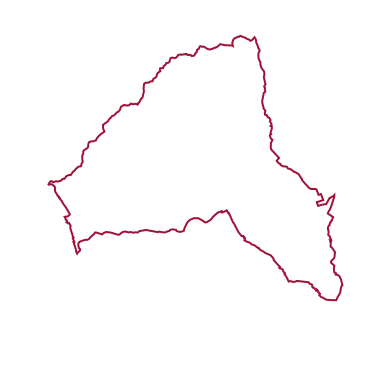 Patarlagele, Buzau, Romania, rotated 76°
{"feature_id": "2599482B92792236227552", "entity_name": "Patarlagele", "entity_type": "district", "adm_level": 2, "iso_a3": "ROU", "parent_name": "Romania", "parent_adm1": "Buzau", "projection": "natural_earth1", "projection_center": [26.343, 45.318], "detail": "fine", "context": "isolated", "style": "outline", "palette": "rose", "viewbox_px": 384, "rotation_deg": 76, "n_neighbors": 0, "source": "geoboundaries", "source_scale": "gbopen_adm2", "svg_char_len": 5873}
<svg xmlns="http://www.w3.org/2000/svg" viewBox="0 0 384 384"><g transform="rotate(76 192 192)"><path d="M224.0,318.4L223.1,317.5L221.8,315.0L221.1,314.5L220.4,314.4L219.3,315.2L217.2,315.3L215.7,315.1L213.7,314.2L213.1,312.9L212.7,310.1L212.6,306.7L213.1,305.4L212.7,303.4L210.5,300.1L209.0,297.1L207.8,295.8L208.3,294.4L211.4,289.5L210.6,288.1L210.0,285.0L212.0,280.0L215.3,274.6L215.8,273.0L214.0,268.8L214.3,266.0L215.8,263.5L216.0,262.3L215.9,261.2L217.2,259.2L217.4,256.9L218.2,254.3L217.2,252.4L217.8,245.6L222.6,235.0L222.6,233.2L224.4,229.2L224.7,227.8L224.2,224.5L224.4,223.8L223.5,222.2L223.5,219.9L224.9,216.7L226.1,216.4L227.1,214.9L227.9,212.9L227.9,211.0L227.6,209.2L225.7,208.3L220.9,204.4L219.3,202.3L218.4,200.2L217.9,196.5L218.9,192.4L221.6,189.3L224.6,186.8L224.9,185.7L224.6,184.1L223.5,180.7L221.9,178.4L221.2,177.8L218.1,171.8L218.1,169.2L217.7,168.6L217.6,167.8L219.2,167.8L219.3,167.1L218.2,162.9L219.3,162.6L219.2,162.3L219.9,162.2L221.9,161.6L221.7,161.2L231.1,159.6L232.7,158.9L241.9,156.7L246.6,154.6L247.0,153.0L248.0,152.9L248.0,152.4L248.5,152.0L249.4,152.4L249.6,151.9L250.3,151.8L251.5,152.9L252.1,152.5L254.0,150.0L255.0,148.3L257.1,147.0L258.9,144.2L262.8,141.1L262.6,140.7L264.8,139.7L267.0,137.2L268.9,135.6L272.4,131.0L275.8,129.2L277.0,129.0L277.4,129.1L276.9,129.4L277.7,129.2L281.0,127.6L286.0,124.7L286.7,125.7L287.3,125.4L287.9,124.0L289.1,122.8L291.1,122.7L293.4,121.4L293.8,122.1L294.2,122.2L296.6,121.1L302.3,119.8L302.2,118.9L302.4,117.6L303.6,116.0L304.0,114.6L303.9,112.8L303.6,111.8L307.8,100.7L309.3,100.2L310.9,98.0L312.3,97.9L312.9,98.3L314.0,97.9L314.2,97.1L315.1,96.5L315.8,96.4L316.6,95.3L317.7,95.5L317.9,95.3L317.7,95.0L316.8,94.5L317.2,94.2L320.3,93.2L320.4,93.5L321.7,92.4L323.0,93.5L325.3,91.9L326.4,90.3L328.8,88.0L330.1,84.6L331.9,78.3L329.2,76.1L325.6,72.6L323.5,71.6L322.7,71.5L319.8,69.9L318.7,68.5L317.3,68.7L313.3,68.5L309.5,69.3L308.4,70.0L307.5,71.0L307.0,72.4L306.3,71.8L305.7,71.9L304.9,73.2L304.2,73.1L303.9,73.4L300.1,72.8L298.5,71.8L298.0,71.7L294.0,74.3L292.7,73.6L291.6,72.0L291.2,70.9L289.5,69.4L286.9,68.6L285.2,67.7L280.0,69.6L278.6,70.7L275.0,69.7L272.3,69.8L273.2,68.8L272.7,68.5L268.0,69.2L266.6,70.2L263.8,69.0L262.3,69.1L261.6,68.8L261.0,69.1L260.3,69.0L258.6,68.2L257.5,67.0L257.4,66.4L256.5,66.3L254.9,65.1L255.0,64.8L254.0,64.2L254.0,63.9L253.5,63.1L252.4,62.6L250.5,61.1L245.8,65.4L244.4,64.6L242.2,62.3L237.9,59.3L230.6,54.9L229.3,54.6L230.4,56.3L230.5,58.0L231.1,58.9L231.3,60.2L236.2,64.7L235.8,68.7L236.0,73.0L232.1,73.4L231.6,66.6L225.2,67.4L225.4,69.9L219.6,70.6L218.9,71.6L217.9,75.6L216.6,77.3L207.5,82.2L205.7,82.2L204.6,83.1L203.4,83.1L200.0,84.5L199.6,85.3L198.2,86.4L197.5,87.7L197.0,87.9L196.3,88.7L193.8,90.7L193.6,91.4L193.1,91.8L192.4,93.3L190.6,93.8L190.1,94.4L188.9,97.8L187.1,99.5L186.6,99.3L184.6,101.1L182.8,102.2L182.2,102.2L180.0,99.3L170.0,104.8L167.7,104.8L163.6,103.6L160.9,101.3L159.1,102.6L156.3,102.8L155.3,102.3L155.3,101.5L155.0,101.1L154.2,101.6L153.7,101.5L149.5,99.1L147.6,98.7L147.0,99.8L146.5,99.4L146.5,99.1L145.7,98.5L144.3,98.5L143.0,99.2L142.2,99.3L141.5,98.5L141.1,98.4L138.6,99.1L137.7,100.5L135.4,100.9L134.6,102.5L132.1,101.9L130.9,101.1L128.2,102.4L127.4,102.1L123.9,102.3L120.7,101.9L113.1,98.3L112.8,97.2L112.2,96.5L109.8,96.5L108.7,95.9L107.3,96.5L106.2,95.8L105.5,94.7L98.1,94.5L94.8,93.1L92.6,92.9L88.3,94.6L84.4,94.8L82.8,94.2L81.3,94.7L77.9,95.0L75.4,94.6L73.4,93.9L72.2,93.0L72.0,92.6L70.8,92.1L68.0,92.9L66.1,92.8L63.0,93.5L59.4,93.2L57.0,93.9L59.0,96.8L59.5,98.5L59.3,99.0L57.8,99.8L56.9,101.5L55.7,102.4L52.1,107.5L52.8,108.6L52.4,110.5L53.0,111.4L53.0,113.1L54.2,115.1L57.1,116.9L60.2,117.0L59.5,117.8L57.5,124.6L55.4,128.8L56.9,131.6L57.5,133.1L57.3,133.4L57.7,134.7L57.5,136.0L57.9,136.5L58.1,140.0L57.1,142.2L53.9,145.3L53.5,146.2L53.6,147.1L52.9,147.7L52.5,148.8L52.8,149.4L54.6,150.7L55.3,152.8L56.2,152.9L57.6,153.8L57.8,154.7L59.9,156.6L60.3,157.6L59.8,159.7L58.8,160.1L58.2,161.5L58.3,162.5L57.5,163.1L57.6,163.5L56.7,164.1L56.5,164.7L56.8,165.3L56.4,166.2L56.4,168.7L55.8,170.0L55.7,172.3L57.2,173.8L57.9,175.4L57.7,176.7L56.8,178.8L56.8,180.3L58.6,181.6L59.8,182.0L60.4,182.7L60.9,184.1L60.6,185.8L61.8,186.5L62.5,187.6L62.9,189.0L64.8,190.0L64.3,193.0L65.3,193.6L67.1,193.5L67.8,195.6L68.9,197.3L71.4,198.5L72.4,200.1L72.7,201.9L75.0,203.5L74.7,204.8L74.9,206.2L75.4,207.4L74.8,210.7L75.4,212.3L80.0,214.0L82.4,214.2L87.1,216.5L88.5,217.4L89.1,218.8L90.0,219.2L90.6,220.3L92.3,221.4L92.7,222.8L94.0,223.4L94.0,223.9L93.2,224.7L92.5,226.3L92.7,227.6L92.3,228.5L91.4,230.0L92.4,231.5L92.5,232.4L92.4,234.2L91.2,236.7L91.4,238.2L92.2,240.3L95.1,242.2L96.3,244.3L96.7,245.8L98.6,248.7L99.1,251.5L100.3,252.8L101.3,254.8L102.5,255.8L103.2,256.8L105.3,262.1L108.6,262.9L112.3,262.4L113.9,266.8L115.4,269.3L116.8,271.2L118.8,272.9L118.7,274.1L119.0,275.3L118.4,278.4L118.7,279.5L119.0,280.1L120.3,280.9L123.1,281.9L123.7,282.4L124.2,283.2L125.2,286.3L126.1,287.6L128.6,288.3L130.2,289.7L133.3,290.5L136.2,290.7L138.2,292.6L140.1,293.3L140.0,296.4L140.7,297.2L141.0,298.4L142.8,300.9L143.5,302.5L146.1,305.4L145.8,307.6L146.2,310.0L146.8,310.9L147.8,311.6L148.2,312.5L148.3,312.9L147.9,313.6L148.1,314.6L149.3,316.2L149.1,317.1L149.4,317.9L149.4,319.7L149.1,320.5L148.8,320.8L148.7,321.6L149.0,324.2L148.8,324.6L147.9,325.1L147.5,326.0L147.4,326.6L147.8,327.4L149.9,329.4L150.3,329.1L150.4,326.8L150.8,325.9L153.7,323.9L155.9,324.1L156.8,324.6L158.4,324.6L159.8,324.3L161.7,323.5L163.3,323.3L164.0,322.3L165.2,322.1L165.4,322.4L166.4,321.5L167.2,321.7L169.0,320.6L172.3,319.8L176.5,318.1L183.5,316.0L184.3,316.0L185.6,318.4L185.3,321.5L186.5,321.1L187.9,321.3L189.4,320.3L191.1,321.2L191.5,320.6L191.4,320.1L192.4,319.8L192.4,318.8L195.4,317.9L196.6,318.6L198.3,318.8L206.2,318.3L207.4,317.9L207.9,318.9L211.9,318.2L211.8,319.1L219.9,318.6L221.9,318.8L224.0,318.4Z" fill="none" stroke="#9f1239" stroke-width="2"/></g></svg>